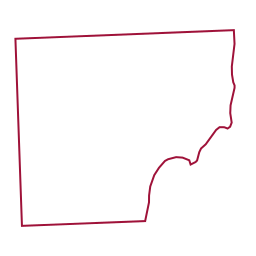 Iosco, Michigan, United States of America, rotated 358°
{"feature_id": "52423323B62328653223732", "entity_name": "Iosco", "entity_type": "district", "adm_level": 2, "iso_a3": "USA", "parent_name": "United States of America", "parent_adm1": "Michigan", "projection": "orthographic", "projection_center": [-83.454, 44.337], "detail": "fine", "context": "isolated", "style": "outline", "palette": "rose", "viewbox_px": 256, "rotation_deg": 358, "n_neighbors": 0, "source": "geoboundaries", "source_scale": "gbopen_adm2", "svg_char_len": 575}
<svg xmlns="http://www.w3.org/2000/svg" viewBox="0 0 256 256"><g transform="rotate(358 128 128)"><path d="M18.6,222.1L141.9,221.6L146.4,203.0L146.7,196.2L148.2,187.2L152.6,176.0L157.6,168.8L163.8,162.2L167.0,160.6L175.1,158.8L181.5,159.5L188.1,162.4L189.3,166.7L194.3,164.4L195.9,162.9L198.4,154.6L200.3,151.0L205.1,147.0L216.0,133.0L219.5,130.4L224.3,130.6L227.5,132.0L230.1,130.3L231.8,126.2L230.7,116.7L231.3,108.9L235.9,91.6L236.0,89.2L234.8,86.0L233.8,78.3L233.9,70.1L237.4,47.7L237.2,33.9L18.6,34.9L18.6,222.1Z" fill="none" stroke="#9f1239" stroke-width="2"/></g></svg>